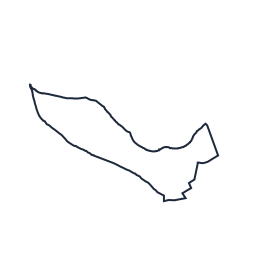 outline of Kota Dumai, Riau, Indonesia, rotated 327°
{"feature_id": "22746128B18875576502901", "entity_name": "Kota Dumai", "entity_type": "district", "adm_level": 2, "iso_a3": "IDN", "parent_name": "Indonesia", "parent_adm1": "Riau", "projection": "robinson", "projection_center": [101.324, 1.853], "detail": "fine", "context": "isolated", "style": "outline", "palette": "slate", "viewbox_px": 256, "rotation_deg": 327, "n_neighbors": 0, "source": "geoboundaries", "source_scale": "gbopen_adm2", "svg_char_len": 5454}
<svg xmlns="http://www.w3.org/2000/svg" viewBox="0 0 256 256"><g transform="rotate(327 128 128)"><path d="M195.4,166.7L194.7,166.7L194.5,166.8L194.3,166.7L194.0,166.7L193.8,166.8L192.7,166.9L191.4,167.3L191.0,167.4L189.9,167.8L189.4,167.9L186.4,167.9L185.8,168.1L185.7,168.2L184.4,168.1L183.8,168.2L183.5,168.6L183.1,168.9L181.7,169.2L181.4,169.3L180.2,169.5L179.5,169.8L179.3,170.0L178.9,170.1L178.3,170.4L178.1,170.5L177.9,170.5L177.7,170.8L177.0,171.2L176.7,171.7L176.5,171.8L176.0,172.0L175.7,172.1L175.2,172.4L174.3,173.1L173.6,173.4L172.2,173.5L172.0,173.9L170.6,173.9L169.8,174.1L169.6,174.2L168.7,174.1L168.0,174.1L167.8,174.2L167.6,174.2L167.4,174.2L167.2,174.3L167.1,174.2L166.6,174.2L166.3,174.3L165.8,174.2L165.5,174.0L164.8,174.1L164.4,174.2L164.2,174.0L163.6,174.0L163.2,173.7L162.5,173.5L162.4,173.4L162.2,173.4L161.9,173.4L161.6,173.2L161.2,173.1L160.7,173.0L160.2,172.8L159.5,172.6L159.3,172.4L158.7,172.3L158.3,171.9L158.0,171.9L157.4,171.5L157.0,171.2L155.6,170.3L155.0,169.8L154.5,169.6L154.0,169.2L153.8,168.8L153.6,168.6L153.5,168.4L153.3,168.2L152.3,167.9L152.1,167.5L151.8,166.5L151.5,166.2L151.0,165.6L150.3,165.3L149.7,164.8L149.5,164.7L149.4,164.5L149.3,164.4L149.0,164.4L148.3,164.1L148.0,163.9L147.8,163.8L146.7,163.6L145.9,163.6L145.7,163.5L143.1,163.5L143.1,163.4L142.9,163.2L142.4,163.3L142.3,163.1L141.9,163.5L141.7,163.6L141.4,163.4L141.2,163.4L139.8,163.1L139.0,162.6L138.8,162.6L138.4,162.4L138.1,162.4L138.0,162.2L137.7,162.1L136.9,161.7L135.8,161.0L135.6,160.7L135.4,160.6L135.3,160.4L134.0,159.3L133.8,158.9L133.4,158.6L133.3,158.3L132.8,158.0L132.7,157.9L132.5,157.4L132.4,157.3L132.2,157.2L131.9,156.5L131.5,156.4L131.4,156.2L131.3,155.5L131.2,155.4L131.0,155.1L130.9,155.1L130.8,154.4L130.5,153.9L130.3,153.5L129.9,153.0L129.8,152.9L129.7,152.8L129.1,151.3L128.9,151.2L128.4,150.2L127.7,149.0L127.6,148.6L127.4,148.4L127.2,148.1L126.9,147.1L125.9,144.0L125.6,142.5L125.6,140.5L125.9,138.8L126.1,137.9L126.1,136.8L126.4,135.9L126.4,135.5L126.8,134.6L127.1,133.3L127.1,132.6L126.7,132.0L126.5,131.8L126.0,131.2L125.9,131.1L125.8,130.9L125.6,130.7L125.3,130.1L124.9,129.0L124.5,127.4L124.1,124.9L123.9,124.1L123.8,123.8L123.7,123.4L123.3,122.5L122.8,121.0L122.0,119.8L122.0,119.6L122.1,119.4L121.9,119.0L121.8,118.1L121.7,117.3L121.5,117.1L121.5,116.8L121.4,116.7L121.1,115.6L121.2,115.1L121.2,114.7L121.1,114.1L120.8,113.7L120.8,113.0L120.7,112.8L120.7,112.7L120.7,112.1L120.5,110.9L120.4,110.3L120.1,109.8L120.1,108.9L120.4,107.9L120.2,106.9L120.1,106.7L120.1,105.6L119.9,104.9L119.7,103.6L119.4,103.0L119.4,102.5L119.4,101.4L119.3,100.8L119.1,100.4L119.1,100.1L119.1,99.3L119.3,98.9L119.2,97.8L119.4,97.4L119.4,97.1L119.1,96.5L119.0,96.4L118.4,95.4L118.4,95.0L118.3,94.9L118.3,94.7L117.7,93.0L116.9,90.6L116.8,90.4L116.7,90.0L116.4,88.9L116.0,87.8L115.7,87.5L115.7,87.4L115.3,87.0L115.2,87.0L114.5,86.2L114.4,86.2L113.9,85.6L113.7,85.5L113.4,85.4L113.1,85.1L112.6,84.6L112.2,84.3L111.8,83.8L111.5,83.1L111.2,83.0L110.9,82.5L110.1,80.9L110.0,80.6L109.6,80.2L109.5,79.9L109.0,79.2L108.7,79.1L108.4,79.0L108.0,78.9L107.9,78.8L106.7,78.2L106.3,78.0L105.8,77.8L105.5,77.6L104.0,77.0L103.7,76.8L102.7,76.3L102.5,76.2L101.2,75.5L101.1,75.3L99.2,74.2L98.9,73.9L98.6,73.7L97.9,73.0L97.7,73.0L97.0,72.4L96.6,72.2L96.3,71.9L93.7,70.3L92.6,69.4L92.2,69.1L91.8,68.6L91.1,67.9L90.9,67.8L90.7,67.6L90.4,67.3L89.4,66.1L89.1,66.0L88.5,65.2L88.4,65.0L87.5,64.1L87.0,63.6L86.7,63.3L86.4,63.1L86.2,62.9L86.0,62.5L85.2,61.8L84.9,61.6L84.4,61.0L84.2,60.9L84.0,60.6L83.8,60.5L83.6,60.2L83.4,60.1L83.0,59.5L82.7,59.3L82.1,58.7L81.4,57.9L81.2,57.7L80.6,57.1L80.2,56.7L79.6,56.1L79.1,55.6L78.7,55.2L77.0,53.8L76.5,53.2L75.8,52.7L75.4,52.5L75.0,52.4L75.0,52.1L74.3,51.5L74.1,51.2L73.7,51.0L73.2,50.3L72.8,49.9L72.2,48.9L71.9,48.2L71.6,47.2L71.3,47.1L71.3,46.7L71.3,45.9L71.0,45.5L71.0,45.2L70.8,45.0L70.6,44.2L69.8,43.5L69.7,43.0L69.5,42.4L69.3,41.4L69.3,40.6L69.3,40.0L69.5,39.3L69.8,38.8L69.8,38.2L70.1,37.8L69.7,38.0L69.0,38.8L68.7,39.5L68.4,40.5L68.3,40.9L68.3,41.3L68.2,41.5L68.1,43.4L68.2,43.6L67.8,44.3L67.9,44.6L67.7,45.2L67.5,45.3L67.5,45.7L66.9,46.8L66.8,47.2L66.6,47.5L66.5,47.8L66.4,47.9L66.4,48.1L66.2,48.3L65.3,50.5L65.1,51.4L64.9,51.9L64.8,52.4L64.6,52.6L64.4,53.8L64.2,54.5L63.8,55.5L63.6,55.7L63.5,56.3L63.2,57.1L62.6,59.2L62.5,59.5L62.3,60.4L61.8,61.6L60.8,65.7L60.4,67.9L60.3,69.0L60.3,69.3L60.2,69.4L60.2,70.2L60.2,71.0L60.3,71.7L60.4,73.1L60.8,74.9L60.8,75.6L61.2,76.1L61.3,76.1L61.6,76.8L61.9,77.2L61.9,80.5L62.3,81.2L63.3,82.7L63.6,83.8L64.6,87.1L65.7,89.7L67.7,95.7L68.6,97.9L68.8,99.1L68.8,99.4L69.1,101.2L69.3,101.8L69.8,106.2L70.8,108.7L72.2,111.8L73.3,113.9L74.4,114.6L75.0,115.8L75.0,116.4L75.6,117.1L76.4,118.5L77.0,119.7L78.2,121.1L78.8,121.9L79.4,123.1L79.7,123.9L80.5,124.5L81.2,127.0L81.7,127.6L82.2,128.3L82.5,129.1L82.9,130.7L83.5,131.3L83.4,131.3L91.0,141.7L96.7,149.5L99.0,153.3L99.4,154.0L100.7,156.4L101.6,157.7L104.1,162.0L106.1,164.7L106.8,166.3L108.2,169.0L109.2,170.4L109.3,170.4L109.6,172.1L111.0,174.2L111.6,175.4L111.5,176.5L112.0,178.4L112.2,178.8L112.7,179.9L113.7,182.5L114.4,183.5L115.0,184.6L115.6,186.9L116.5,193.4L117.1,194.6L117.5,196.1L117.7,197.8L119.3,200.7L121.3,204.3L118.3,208.9L122.8,210.5L127.6,213.9L138.1,218.2L138.1,212.4L143.2,212.5L148.2,212.8L149.2,207.3L155.6,207.4L167.1,195.8L167.6,195.0L168.6,195.6L170.0,197.0L171.7,198.3L173.9,199.1L176.6,199.8L183.0,199.9L188.6,200.1L195.8,169.1L195.7,167.8L195.4,166.7Z" fill="none" stroke="#1e293b" stroke-width="2"/></g></svg>